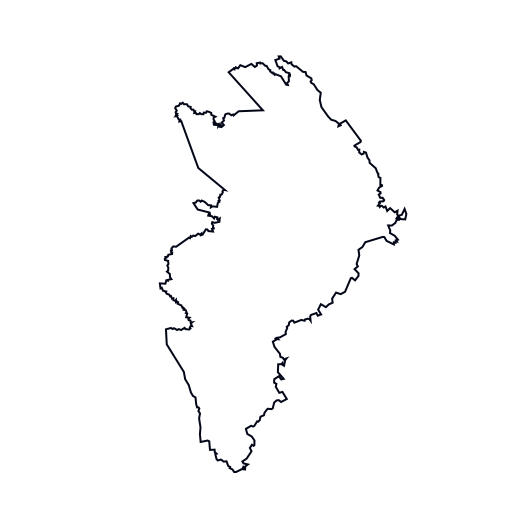 Maulvibazar, Sylhet, Bangladesh, rotated 145°
{"feature_id": "16705992B62450131352427", "entity_name": "Maulvibazar", "entity_type": "district", "adm_level": 2, "iso_a3": "BGD", "parent_name": "Bangladesh", "parent_adm1": "Sylhet", "projection": "albers", "projection_center": [91.87, 24.487], "detail": "fine", "context": "isolated", "style": "outline", "palette": "ink", "viewbox_px": 512, "rotation_deg": 145, "n_neighbors": 0, "source": "geoboundaries", "source_scale": "gbopen_adm2", "svg_char_len": 6138}
<svg xmlns="http://www.w3.org/2000/svg" viewBox="0 0 512 512"><g transform="rotate(145 256 256)"><path d="M122.9,406.5L123.6,404.2L127.8,405.4L129.5,399.0L128.4,397.2L129.0,396.2L126.2,395.9L127.0,392.7L126.2,392.2L126.1,389.4L123.8,386.6L124.6,385.7L124.1,385.0L124.9,384.1L125.4,385.1L126.1,384.5L128.8,380.3L131.3,379.9L131.8,377.8L133.0,379.0L132.5,388.9L135.5,393.4L136.8,393.7L136.3,395.0L137.3,395.5L137.0,396.7L138.0,397.1L138.5,399.2L137.7,400.0L138.6,401.7L138.3,405.7L139.3,406.4L140.1,410.3L142.1,411.2L141.8,412.2L144.8,413.5L145.9,411.5L148.5,411.5L149.6,416.0L156.5,416.9L159.4,421.3L163.1,420.0L164.3,422.1L165.1,421.5L166.1,422.4L166.7,421.4L167.3,422.3L173.0,422.2L166.8,371.4L187.2,384.5L193.7,384.0L193.5,385.0L195.5,385.5L196.4,388.2L198.1,389.2L200.0,389.6L202.6,387.4L203.8,387.7L204.6,385.3L207.6,385.0L207.2,381.7L210.3,381.4L211.2,382.3L209.7,383.1L209.8,384.3L212.6,383.8L211.0,385.6L213.3,386.0L215.2,387.7L214.9,388.4L212.8,387.9L213.8,389.9L212.6,390.0L212.5,392.2L211.2,393.7L209.4,393.4L211.6,397.3L210.6,398.9L212.0,401.3L213.4,402.8L214.7,402.0L216.5,403.4L217.8,402.3L219.5,403.6L220.0,405.3L221.4,405.0L223.4,406.3L223.2,408.0L224.5,408.6L223.2,409.5L223.8,409.7L223.3,411.8L224.6,412.6L224.9,414.5L224.0,415.6L225.7,417.4L225.5,419.9L228.0,421.7L228.1,423.6L230.1,423.5L230.6,424.6L233.0,423.3L235.8,424.4L237.4,423.5L237.5,420.6L239.3,419.9L239.8,418.6L239.1,417.8L240.6,417.4L239.9,416.4L241.2,416.3L240.5,415.9L241.0,412.2L239.9,411.3L241.6,410.1L239.9,409.3L252.8,361.2L243.6,327.8L244.5,328.7L246.3,328.3L246.8,327.1L249.0,326.0L250.1,326.7L251.7,325.0L253.0,325.3L253.9,322.3L255.0,322.6L255.1,321.4L256.8,321.4L259.7,318.6L263.1,321.6L265.1,321.7L263.8,323.3L266.0,325.1L267.0,329.8L268.7,332.6L270.2,332.2L270.9,334.3L272.4,335.1L274.5,334.3L276.9,335.2L277.1,327.5L269.1,318.2L269.7,316.7L270.7,317.4L272.0,316.5L269.2,313.7L268.8,310.8L267.2,311.8L265.5,309.8L266.7,308.7L266.5,307.5L264.2,307.5L266.4,305.0L270.7,306.8L272.4,308.8L273.6,307.8L273.6,305.4L275.2,303.7L274.1,302.4L276.5,303.4L277.2,300.7L280.7,303.7L280.6,305.6L281.8,306.6L287.5,304.1L289.1,304.6L288.1,305.7L289.6,305.6L290.5,307.5L294.4,307.2L295.6,308.7L297.6,308.5L298.0,309.8L299.9,308.5L300.4,309.5L316.1,309.4L318.3,311.3L320.9,310.7L321.5,309.0L322.6,309.3L323.3,307.8L322.6,307.0L323.6,305.8L327.1,307.3L328.4,306.2L330.5,307.0L330.4,306.1L332.1,306.2L332.9,305.0L330.8,302.4L332.4,299.6L334.1,299.1L334.5,296.8L336.4,294.4L337.9,294.3L336.9,290.7L338.6,287.9L338.6,285.6L341.9,287.0L342.4,286.3L343.4,287.5L346.1,285.3L350.5,288.7L352.8,284.2L351.4,284.0L352.1,280.9L349.9,278.4L350.8,277.9L350.7,276.1L349.2,274.1L349.5,272.2L348.6,271.9L349.3,269.3L347.9,268.8L349.0,267.2L347.9,265.6L346.8,265.9L348.0,264.1L346.8,264.0L346.3,262.9L347.6,262.0L345.5,258.3L345.9,255.6L345.3,255.6L344.9,253.8L346.0,253.4L344.6,251.7L345.2,249.7L346.1,249.5L345.4,248.3L348.3,245.9L345.9,243.6L347.4,243.4L347.9,242.1L346.7,240.7L347.7,238.9L346.5,238.3L348.1,238.2L348.6,235.3L349.5,236.2L351.2,235.4L351.2,234.3L352.9,234.1L355.8,236.7L355.7,238.1L359.8,238.3L361.2,240.4L363.0,240.6L364.6,243.9L366.2,244.0L366.9,245.8L371.8,247.6L379.8,234.8L381.6,202.4L384.7,195.7L385.1,188.9L387.6,181.5L387.9,177.5L386.7,174.8L390.0,168.9L391.1,165.8L389.9,165.0L389.9,163.6L392.1,162.0L392.2,159.1L395.7,155.7L399.8,147.4L404.2,142.1L408.0,135.4L401.5,132.6L400.6,131.0L404.9,123.6L401.0,121.1L402.3,118.9L401.7,116.7L403.0,117.0L404.8,112.3L404.6,110.5L401.4,109.3L400.4,106.1L397.9,104.7L399.2,100.0L398.2,98.0L399.2,97.4L397.7,94.5L397.8,91.6L396.2,90.5L389.0,89.4L387.3,90.5L387.0,89.3L388.5,88.4L387.4,87.4L385.5,89.8L382.2,89.9L385.2,93.3L385.0,95.5L379.9,95.4L371.7,98.6L371.1,102.3L367.6,103.7L366.9,101.9L365.9,101.9L363.1,105.7L363.0,110.5L365.2,115.3L363.4,120.2L357.4,119.7L356.1,117.9L354.8,117.8L349.9,119.9L349.2,119.0L347.1,119.4L344.5,121.8L340.9,121.0L338.8,122.8L334.1,124.2L331.0,121.6L329.5,121.7L325.2,125.5L322.0,125.9L320.0,124.8L319.2,122.0L312.8,121.2L312.3,129.5L315.4,130.6L314.8,137.5L312.6,139.6L313.8,141.9L311.7,144.6L306.3,144.4L306.1,140.4L303.8,139.5L304.7,148.3L299.9,154.6L297.3,152.8L295.8,153.2L296.7,151.7L296.0,150.0L291.7,154.1L289.8,154.6L292.5,155.4L292.3,157.2L293.9,159.3L292.5,162.3L293.0,171.0L291.3,176.2L287.8,175.9L287.6,176.8L285.6,175.1L285.8,177.0L283.0,175.6L276.4,174.9L275.1,177.0L271.7,179.1L271.5,180.3L268.7,180.6L267.0,182.5L264.0,182.7L262.6,181.7L262.8,179.4L255.5,177.6L253.3,175.1L252.4,175.9L249.5,174.9L248.4,173.7L248.4,171.7L246.3,175.4L244.8,176.2L239.2,174.6L239.7,171.7L236.2,170.8L235.9,176.4L230.5,179.3L228.1,174.0L224.2,174.6L220.0,173.8L218.1,177.4L211.4,180.1L208.5,176.2L203.6,175.6L191.1,183.4L189.9,183.1L188.8,179.2L183.5,180.9L181.9,183.0L182.8,188.7L178.5,189.1L178.2,191.7L171.1,197.2L168.5,202.3L163.8,202.3L158.5,204.6L141.1,198.9L140.0,197.8L140.4,193.5L136.4,186.4L135.2,188.1L134.1,186.8L133.0,188.3L132.2,187.1L131.9,188.5L130.4,188.0L130.8,193.1L133.1,198.0L131.4,199.9L130.2,205.2L127.2,203.0L122.8,203.2L120.1,204.9L118.0,203.6L117.1,204.3L119.1,206.3L117.3,206.9L116.4,206.2L116.5,203.4L112.8,200.4L108.7,204.2L107.3,209.3L112.9,206.1L116.5,207.4L116.5,209.2L114.1,211.9L117.3,212.2L118.7,218.3L122.7,217.6L121.5,222.3L123.5,222.4L124.1,224.7L125.0,225.6L126.5,225.2L126.3,226.3L127.3,227.3L124.3,228.2L124.6,229.2L123.4,229.6L120.1,227.7L118.9,228.3L118.9,231.1L120.9,232.4L120.2,235.9L118.1,235.8L117.4,236.9L118.9,240.0L115.9,241.4L112.5,241.1L112.2,241.9L113.4,242.9L109.3,248.6L110.3,250.3L109.1,253.0L107.8,253.2L108.8,253.4L108.8,254.5L107.6,259.2L109.5,267.1L108.2,269.3L108.2,272.7L106.6,277.6L107.9,279.4L109.2,278.1L111.2,278.6L112.1,281.6L110.4,283.9L111.6,284.6L111.2,287.1L112.4,289.3L112.0,290.0L105.0,289.4L104.0,290.2L104.7,315.6L111.4,316.2L111.6,314.5L114.1,315.0L112.2,316.7L113.4,321.0L116.2,324.4L116.9,329.0L117.0,340.4L114.3,347.2L109.3,352.6L110.5,356.7L110.2,363.5L111.4,366.1L111.2,367.6L109.5,368.1L108.8,369.8L111.1,374.9L109.9,378.3L111.9,379.9L114.3,388.5L115.9,389.1L116.9,392.7L116.0,394.4L119.2,395.3L119.6,398.2L121.2,399.8L121.2,405.3L122.9,406.5Z" fill="none" stroke="#020617" stroke-width="2"/></g></svg>